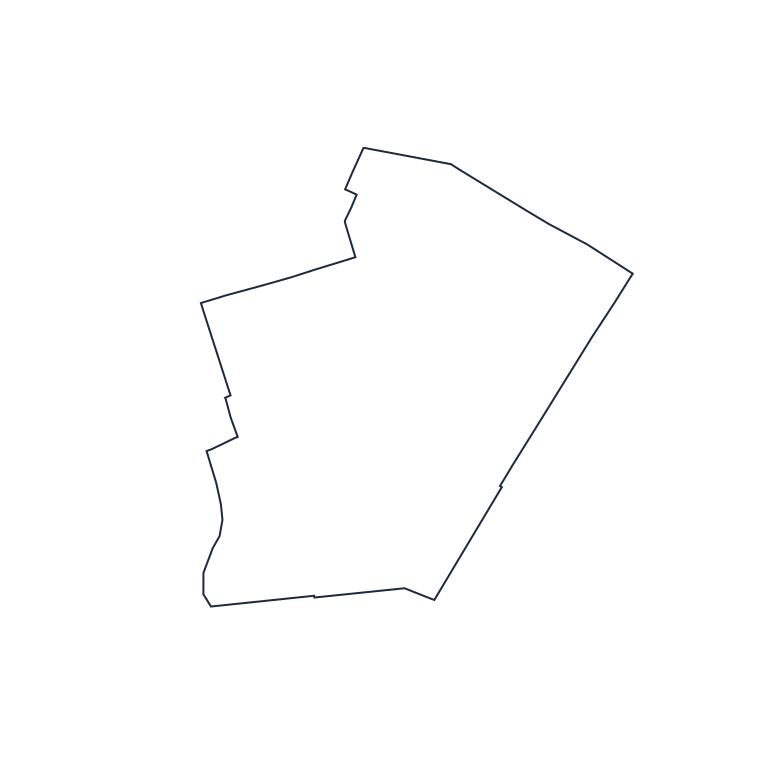 A L Labban, Al Iskandariyah, Egypt (Mercator projection), rotated 326°
{"feature_id": "37247803B27556754464057", "entity_name": "A L Labban", "entity_type": "district", "adm_level": 2, "iso_a3": "EGY", "parent_name": "Egypt", "parent_adm1": "Al Iskandariyah", "projection": "mercator", "projection_center": [29.891, 31.191], "detail": "fine", "context": "isolated", "style": "outline", "palette": "slate", "viewbox_px": 768, "rotation_deg": 326, "n_neighbors": 0, "source": "geoboundaries", "source_scale": "gbopen_adm2", "svg_char_len": 1066}
<svg xmlns="http://www.w3.org/2000/svg" viewBox="0 0 768 768"><g transform="rotate(326 384 384)"><path d="M651.9,431.6L630.6,382.1L610.3,343.9L599.0,319.8L566.7,249.1L563.2,241.1L562.8,239.9L562.5,239.3L499.8,177.4L499.3,177.0L499.0,176.8L483.1,186.6L477.5,190.0L476.4,190.7L460.6,200.9L461.5,202.3L462.4,203.6L462.9,204.5L467.2,211.7L455.4,219.5L442.7,226.9L442.5,227.3L441.6,229.4L433.0,257.0L431.2,262.9L388.5,249.9L387.3,249.6L367.3,243.8L340.1,234.9L302.7,222.2L277.5,214.5L275.1,222.5L269.5,241.8L250.4,307.6L244.5,306.6L244.5,307.5L238.1,326.2L233.1,346.1L230.0,345.3L229.6,345.3L207.0,342.0L204.8,341.7L202.6,341.2L199.4,340.4L189.6,372.2L189.4,372.7L181.4,392.8L174.1,406.3L162.6,418.2L150.4,424.2L128.7,439.6L116.7,457.3L116.1,471.7L207.7,520.5L207.2,521.4L206.9,522.1L283.4,563.0L285.1,563.9L286.8,564.8L293.2,574.2L304.9,591.2L306.2,590.6L307.5,590.0L345.4,572.2L402.6,545.4L424.0,535.4L423.1,533.4L431.1,529.8L445.4,523.1L463.8,514.9L486.4,504.8L502.2,497.7L582.9,461.3L619.9,445.8L651.9,431.6Z" fill="none" stroke="#1e293b" stroke-width="2"/></g></svg>